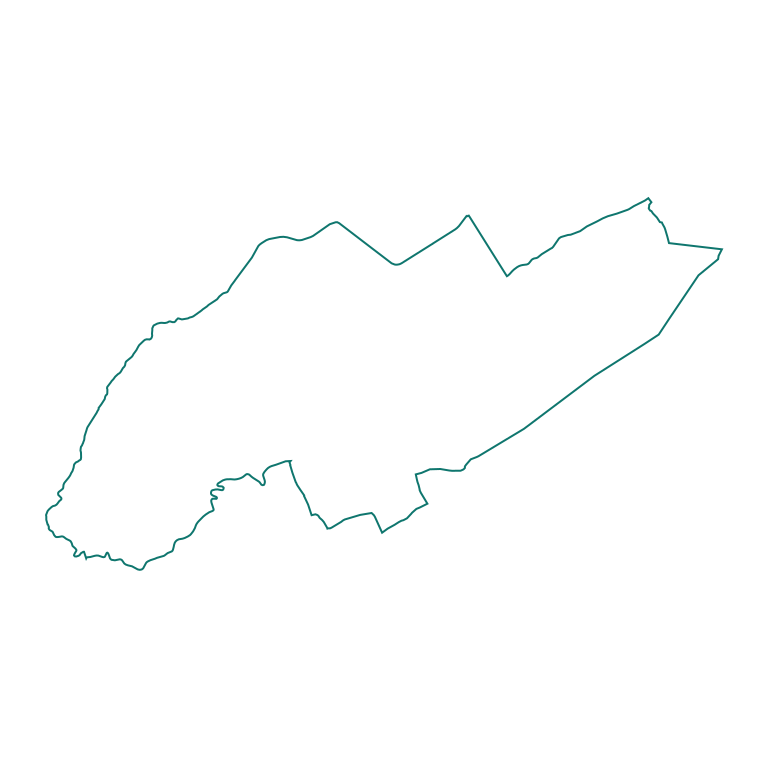 Weststellingwerf, Friesland, Netherlands (Albers equal-area conic projection)
{"feature_id": "6326949B61615489066760", "entity_name": "Weststellingwerf", "entity_type": "district", "adm_level": 2, "iso_a3": "NLD", "parent_name": "Netherlands", "parent_adm1": "Friesland", "projection": "albers", "projection_center": [6.005, 52.872], "detail": "fine", "context": "isolated", "style": "outline", "palette": "teal", "viewbox_px": 768, "rotation_deg": 0, "n_neighbors": 0, "source": "geoboundaries", "source_scale": "gbopen_adm2", "svg_char_len": 5971}
<svg xmlns="http://www.w3.org/2000/svg" viewBox="0 0 768 768"><path d="M235.1,280.2L234.8,280.7L231.2,285.5L227.9,291.3L227.4,291.9L226.7,292.3L223.6,293.2L222.5,293.8L219.3,296.5L217.1,299.3L208.6,304.9L206.9,306.5L202.7,309.4L201.5,310.5L193.4,316.3L191.8,317.0L189.7,317.5L187.9,318.4L182.7,319.3L181.8,319.4L178.8,318.5L178.0,318.4L176.3,320.0L175.4,321.4L174.3,322.1L172.3,322.1L170.0,321.4L168.9,321.6L167.3,322.5L165.6,322.9L164.3,323.0L161.7,322.8L160.1,322.9L157.3,323.6L153.8,325.4L153.4,325.9L152.3,328.3L152.3,330.2L152.0,333.8L152.2,335.7L151.7,337.6L151.2,338.3L150.6,339.0L149.5,339.5L149.1,339.3L148.5,339.4L146.6,339.3L145.0,339.8L143.8,340.7L139.2,345.1L138.2,346.7L136.4,350.1L133.4,354.2L132.7,355.6L131.6,357.0L126.6,361.1L125.9,361.8L125.4,363.2L125.1,365.2L124.3,366.7L122.9,368.1L120.8,371.7L119.6,373.1L118.0,374.1L115.2,376.7L113.4,379.2L111.6,381.1L110.6,382.6L107.3,386.9L107.0,388.1L107.4,389.6L107.3,393.2L107.0,394.4L105.9,395.3L105.2,396.7L104.7,399.1L101.4,404.2L98.6,408.0L98.7,408.9L98.4,409.6L97.4,411.2L96.7,412.7L87.5,427.2L87.0,428.4L86.5,430.2L84.6,436.1L84.3,439.1L84.1,440.2L83.5,441.6L83.0,443.2L82.5,444.1L82.0,445.4L81.0,446.8L80.9,447.2L80.6,449.1L80.5,450.7L80.8,451.6L81.0,452.8L81.1,457.5L80.8,459.3L80.3,459.9L79.3,460.4L78.1,461.4L75.8,462.5L74.2,464.4L74.0,465.1L73.6,467.7L72.5,471.0L71.6,472.5L71.4,472.7L70.2,475.3L69.7,476.1L68.5,477.8L64.8,482.3L64.1,483.3L63.5,484.9L63.2,487.9L62.9,488.6L61.7,489.7L58.8,491.9L58.2,492.8L58.1,493.7L58.3,494.9L61.1,497.7L61.4,498.3L61.3,499.2L61.2,499.5L59.2,501.2L57.6,503.4L56.5,504.7L55.0,505.6L53.0,506.1L51.6,507.0L49.0,509.4L47.8,510.8L47.5,511.3L46.1,514.9L46.1,515.4L46.3,516.5L46.3,519.8L47.6,524.5L48.0,524.6L48.9,527.1L48.7,528.1L48.9,528.9L49.7,530.0L52.5,531.7L53.0,532.6L54.2,535.2L55.6,536.8L56.9,537.1L59.0,536.9L61.7,536.4L62.8,536.5L63.8,537.0L66.3,538.9L69.4,540.4L70.5,541.1L71.1,542.0L71.8,543.4L72.3,545.2L72.6,546.0L75.5,548.6L76.4,550.0L76.4,550.5L76.2,551.0L74.7,553.5L74.1,554.9L74.0,555.4L74.2,555.7L74.9,556.4L76.3,556.5L78.5,555.8L79.6,555.1L81.0,553.2L81.5,552.9L83.3,551.8L84.0,551.8L86.2,558.4L86.5,557.8L87.1,557.3L90.3,557.0L94.8,555.8L96.6,555.5L98.4,555.6L102.4,557.0L103.6,557.2L104.4,557.0L104.9,556.7L106.6,553.1L106.9,552.8L107.4,552.7L108.1,553.3L108.9,555.1L110.0,558.3L110.7,559.2L111.5,559.8L114.9,560.3L119.8,559.3L120.9,559.5L121.8,560.0L122.5,560.9L124.3,563.5L125.7,564.5L127.8,565.3L132.0,566.3L137.7,569.4L139.5,569.8L140.8,569.7L142.0,569.3L143.2,568.3L146.0,563.1L146.6,562.3L147.7,561.5L150.4,560.2L155.0,558.7L157.1,557.8L163.8,555.9L164.8,555.3L167.6,553.1L171.8,551.4L172.5,550.7L173.0,549.6L173.7,546.9L174.1,544.8L174.8,542.7L175.6,541.5L176.2,540.9L177.0,540.2L178.8,539.3L182.5,538.7L184.7,538.0L187.8,536.5L190.0,535.1L190.9,534.2L193.1,531.4L194.9,528.1L195.9,525.3L196.6,523.9L197.8,522.2L198.9,521.0L203.3,516.5L205.8,514.5L209.3,512.2L212.2,511.1L213.2,510.5L213.6,509.9L213.6,509.2L211.5,502.7L211.3,501.6L211.2,500.8L211.4,500.1L211.9,499.2L212.9,498.7L216.4,498.8L216.8,498.4L216.9,497.8L216.6,497.2L216.1,496.8L213.2,495.7L211.6,494.7L211.1,493.9L211.0,493.3L211.0,492.5L211.3,491.4L211.8,490.6L212.5,490.2L215.5,489.5L217.6,489.4L221.2,490.1L222.4,490.1L223.2,489.6L223.6,488.4L223.6,487.6L222.5,486.6L221.7,486.4L218.8,486.2L217.8,485.7L217.4,485.2L217.4,484.6L217.7,483.9L218.1,483.4L222.8,480.4L225.1,479.6L226.7,479.3L230.7,479.2L234.6,479.5L236.9,479.2L239.3,478.6L241.2,477.9L242.9,477.0L245.9,474.6L246.5,474.2L247.7,474.1L249.2,474.6L251.5,476.7L253.1,477.9L258.9,481.6L259.6,482.2L261.4,484.7L262.3,485.1L263.1,485.1L264.0,484.8L264.2,484.5L264.7,483.1L264.9,481.9L264.7,480.4L263.3,476.1L263.1,475.1L263.2,474.1L263.7,473.1L264.6,471.7L266.4,469.6L267.9,468.1L269.7,466.9L271.5,466.1L276.1,464.7L285.6,461.3L290.6,461.0L289.5,462.5L290.4,465.0L290.2,465.6L290.4,465.9L292.4,472.7L295.4,481.2L295.8,482.3L296.1,482.6L296.8,484.3L297.4,485.4L300.5,490.1L304.2,495.4L304.0,495.9L304.2,496.3L308.1,504.6L311.6,515.2L315.4,514.3L317.1,514.9L318.0,515.5L318.6,516.1L319.4,517.5L319.8,518.0L322.1,520.0L323.8,522.0L327.1,527.7L327.4,528.6L328.2,528.3L330.1,528.3L331.5,527.7L341.3,521.8L342.9,520.5L344.7,519.5L360.2,514.9L371.6,513.0L373.9,515.2L374.9,516.8L382.1,532.7L387.7,528.6L394.6,524.8L398.8,522.1L401.5,520.7L403.4,520.2L407.0,518.3L411.3,513.7L412.0,512.8L416.4,508.9L419.8,507.5L427.4,503.7L420.8,492.7L419.8,490.5L419.6,489.9L419.7,489.6L418.6,485.1L417.5,482.0L416.9,479.5L415.8,474.4L421.5,472.9L429.9,469.3L440.3,469.0L449.2,470.5L452.1,470.8L460.6,470.7L463.1,469.6L463.8,469.1L464.9,467.9L464.9,466.4L466.2,464.6L470.8,459.3L476.8,457.0L478.5,456.2L524.0,428.8L594.4,375.8L644.7,343.8L658.7,334.6L669.5,318.3L698.5,275.3L718.1,259.2L718.6,255.8L721.9,249.3L669.0,243.1L667.3,236.5L665.2,229.4L664.5,227.5L662.5,223.9L661.9,222.5L659.9,222.1L656.9,217.5L653.0,213.5L651.4,211.1L650.2,210.6L648.8,208.6L648.8,207.9L649.1,206.9L649.2,204.9L651.4,202.2L648.3,198.2L645.2,200.4L643.5,201.3L633.9,206.1L629.1,209.1L627.6,209.8L616.9,213.6L607.9,216.2L602.7,218.4L597.3,221.3L586.9,226.4L580.2,231.1L570.7,234.7L567.9,235.0L561.8,236.8L560.7,237.2L559.0,238.4L558.6,239.0L553.2,246.8L552.0,248.0L550.6,248.7L541.7,254.2L537.8,257.4L536.6,258.0L534.0,258.5L532.5,259.2L531.7,259.8L528.9,263.3L528.0,264.0L526.7,264.5L522.7,265.0L520.9,265.4L519.0,266.1L517.2,267.1L514.0,269.5L512.3,271.1L509.4,274.3L507.9,275.6L506.9,276.2L469.7,217.0L469.0,216.0L468.7,215.9L468.7,215.7L468.2,215.7L467.7,216.1L466.9,216.2L466.6,216.4L466.4,216.2L459.0,226.0L457.0,228.0L455.2,229.4L432.6,243.7L432.5,243.9L431.7,244.3L401.5,263.3L399.6,264.2L397.6,264.6L395.9,264.7L394.6,264.5L391.6,263.3L379.2,253.8L378.9,253.6L339.2,223.2L337.2,222.2L335.5,222.3L329.8,224.2L313.1,235.9L310.6,237.1L301.9,240.0L299.6,240.3L297.1,240.2L287.1,237.3L283.4,236.8L280.0,237.0L269.1,239.1L266.3,240.2L261.7,243.1L259.8,244.5L258.5,245.8L258.0,246.6L251.9,257.6L235.1,280.2Z" fill="none" stroke="#0f766e" stroke-width="2"/></svg>